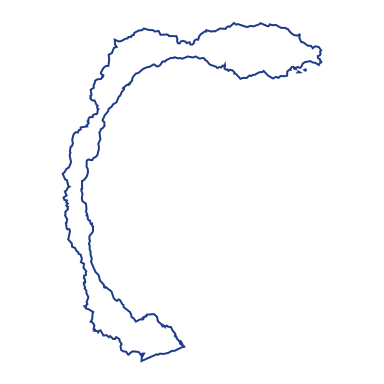 the district of Parigi Moutong, Sulawesi Tengah, Indonesia
{"feature_id": "22746128B5854376167403", "entity_name": "Parigi Moutong", "entity_type": "district", "adm_level": 2, "iso_a3": "IDN", "parent_name": "Indonesia", "parent_adm1": "Sulawesi Tengah", "projection": "mercator", "projection_center": [120.393, -0.239], "detail": "fine", "context": "isolated", "style": "outline", "palette": "blue", "viewbox_px": 384, "rotation_deg": 0, "n_neighbors": 0, "source": "geoboundaries", "source_scale": "gbopen_adm2", "svg_char_len": 5730}
<svg xmlns="http://www.w3.org/2000/svg" viewBox="0 0 384 384"><path d="M233.9,23.0L229.9,26.8L228.5,26.3L226.5,27.4L225.6,28.9L220.0,28.5L214.9,31.4L213.1,31.1L211.7,31.6L206.4,30.2L206.2,31.5L204.7,31.5L200.6,34.4L199.1,36.4L198.2,39.7L196.3,39.4L194.9,40.3L194.0,41.4L194.1,42.8L192.1,44.7L190.1,44.3L189.9,42.5L188.7,42.3L186.8,43.2L185.6,41.7L182.9,40.8L180.8,41.5L179.7,43.4L178.0,43.3L177.1,41.3L177.3,38.8L176.4,36.2L168.9,36.0L168.3,35.0L166.8,34.5L160.5,34.8L158.7,31.0L154.7,31.5L153.2,30.2L148.5,29.9L143.9,28.5L141.8,30.3L139.2,30.4L135.3,32.3L134.1,33.2L133.9,34.9L131.6,35.5L131.3,36.9L128.4,37.0L127.6,38.4L125.3,38.8L121.4,41.0L118.8,41.5L114.7,39.7L115.1,44.7L116.7,46.9L113.9,47.9L111.9,53.0L108.7,54.7L109.2,59.7L108.4,65.9L106.1,66.0L103.6,67.7L100.8,72.8L101.4,74.2L103.4,75.3L103.1,76.6L102.2,76.7L101.9,78.1L100.8,79.0L97.5,79.3L95.2,80.6L94.5,83.7L93.6,84.9L93.8,87.7L90.6,89.8L91.5,94.9L90.3,96.0L91.0,97.1L90.2,98.4L92.1,100.4L94.6,100.5L96.5,104.8L97.7,105.8L97.0,107.3L97.6,108.8L98.4,109.2L97.7,110.0L97.5,112.5L96.7,114.1L94.8,114.1L92.8,115.4L92.7,117.1L89.8,117.1L88.5,118.6L88.5,121.0L87.6,121.3L88.7,123.2L86.6,125.4L87.2,126.4L80.7,127.4L80.6,129.6L78.8,130.2L78.0,132.4L75.4,132.3L73.6,134.3L72.2,139.7L72.9,143.7L71.8,146.2L70.6,146.9L69.9,151.4L70.5,152.9L69.8,153.9L69.8,156.2L71.1,162.1L69.0,167.4L66.6,168.8L64.2,172.6L62.7,173.7L65.1,179.4L66.9,180.1L68.4,186.2L69.4,186.7L67.8,187.7L66.7,190.1L64.9,191.6L66.6,195.5L63.5,197.5L64.4,199.9L67.0,200.5L66.1,202.3L67.8,203.5L66.3,205.7L68.1,206.9L67.5,208.0L68.0,209.0L65.2,212.1L65.6,214.1L65.0,215.3L67.2,219.4L66.5,222.9L65.9,223.0L66.7,228.4L67.5,229.3L69.3,229.1L70.0,231.4L68.2,239.4L71.7,243.3L72.2,246.8L74.9,247.9L76.7,251.1L78.3,252.2L78.4,253.6L80.7,254.7L81.9,259.0L80.9,262.2L84.0,263.7L83.5,267.9L86.3,271.3L85.8,272.3L85.9,275.0L84.1,275.6L84.0,278.3L84.8,279.2L85.3,282.0L85.1,282.6L83.9,282.5L83.7,283.6L85.1,287.4L84.6,288.5L86.2,290.2L86.5,293.3L88.4,297.2L86.6,302.1L87.4,304.1L86.2,305.1L86.1,306.3L84.5,306.3L86.1,308.5L88.8,309.3L93.3,312.1L92.6,313.3L92.2,319.0L90.7,321.8L92.3,322.2L94.4,325.4L93.6,329.1L94.8,329.5L94.1,330.7L97.2,331.1L98.1,332.4L99.3,330.7L100.6,330.4L103.4,335.5L106.7,335.2L108.8,337.2L110.1,336.1L113.2,339.0L115.3,338.9L115.8,337.3L116.6,337.3L119.5,339.2L119.4,340.6L121.6,344.0L120.5,346.2L121.2,350.0L123.1,351.3L126.1,351.7L128.1,354.6L128.9,354.6L130.0,353.1L132.7,351.3L138.7,352.0L141.1,355.2L142.2,353.6L144.0,353.6L141.7,357.5L141.5,361.0L156.7,354.3L157.8,354.8L160.0,353.6L163.4,354.0L168.3,352.9L171.7,351.0L174.9,350.7L182.2,347.1L184.2,346.8L183.4,345.5L180.3,344.0L179.5,341.3L176.7,338.5L176.7,337.3L174.8,336.0L175.1,334.9L175.6,335.3L175.2,333.6L172.5,330.4L171.0,327.1L168.1,326.7L166.9,325.7L166.2,326.2L164.6,325.9L164.7,326.8L163.7,326.0L162.6,326.4L161.4,324.3L157.9,321.3L157.0,316.8L153.9,314.1L146.7,314.7L146.4,316.3L145.4,316.1L144.3,317.5L143.4,317.2L142.7,317.8L143.2,319.2L142.5,319.6L140.5,319.2L135.9,321.6L133.8,318.4L131.6,317.1L131.0,314.2L129.8,311.9L123.7,307.2L123.5,305.1L122.3,304.2L120.0,300.1L118.4,299.5L117.2,300.8L115.6,300.2L113.8,298.3L111.5,291.5L105.7,287.0L105.0,287.7L104.2,287.4L103.8,284.6L100.0,280.6L98.7,275.2L95.5,272.0L91.0,261.7L91.7,259.7L91.5,257.3L90.7,255.6L90.5,251.3L89.7,249.7L89.7,245.5L88.9,244.1L90.0,240.7L89.4,239.2L89.4,236.3L92.9,231.6L93.1,226.5L92.2,226.1L92.0,223.5L90.7,223.8L89.9,220.4L88.7,220.3L87.8,219.0L87.7,216.4L86.7,215.5L87.3,214.9L86.0,211.3L86.5,208.7L85.9,203.6L82.5,201.2L81.8,198.7L82.5,193.7L81.3,190.5L81.4,189.1L82.1,189.0L82.0,181.0L83.9,180.1L86.6,176.8L88.0,172.4L87.8,169.1L86.6,166.9L86.7,161.0L87.4,160.0L89.0,159.4L89.6,159.9L92.3,160.1L93.2,158.3L95.9,156.8L97.4,155.0L98.8,149.2L98.9,146.2L98.2,144.0L100.4,139.3L99.4,132.4L100.3,131.3L100.7,129.3L102.5,128.3L104.5,125.9L104.3,122.0L102.8,121.0L102.6,120.0L104.8,115.2L108.0,111.5L108.7,108.8L111.4,107.0L113.1,104.3L116.5,102.3L118.8,96.7L120.1,95.7L122.0,91.6L124.1,89.2L124.0,88.3L123.2,88.0L127.0,84.8L128.7,84.9L129.8,83.9L129.3,83.5L132.0,80.9L132.4,78.0L134.5,75.0L136.3,73.4L138.2,73.1L143.2,68.9L147.1,67.2L149.7,66.8L153.6,64.4L154.8,64.7L156.4,66.3L158.1,66.4L159.9,65.4L162.7,61.4L165.0,61.6L165.8,60.4L170.9,57.9L173.3,58.0L174.7,57.2L178.2,58.4L180.0,58.0L182.3,58.7L187.9,56.5L193.0,57.5L195.7,56.5L199.7,58.6L203.0,57.9L204.4,58.5L204.9,59.8L206.8,60.9L209.7,64.5L215.9,66.7L217.2,68.0L219.6,67.1L221.3,67.4L222.4,65.7L224.4,65.7L224.9,64.7L225.0,66.3L224.3,66.9L224.6,68.6L226.0,69.7L227.3,69.4L228.4,70.9L229.8,69.8L232.7,70.5L234.4,72.5L234.3,73.5L235.1,73.3L236.4,74.4L240.4,78.8L243.1,77.9L246.6,78.0L249.5,75.5L251.0,76.1L252.9,74.9L254.6,74.9L258.9,72.4L262.6,71.9L263.6,70.9L268.2,75.7L273.1,78.5L276.0,76.8L278.5,77.9L280.5,76.0L284.7,76.2L287.1,75.6L287.3,71.6L288.5,70.3L290.6,69.8L290.3,68.9L291.7,67.1L293.4,66.8L294.5,67.8L296.3,67.9L297.6,67.0L300.0,67.8L301.2,67.0L302.6,63.8L304.7,62.2L310.4,61.1L312.5,62.4L315.4,62.9L318.8,65.0L319.7,63.2L321.2,62.4L321.3,61.6L320.1,60.8L320.1,59.3L318.1,58.2L317.7,56.2L319.9,55.3L320.6,53.6L320.0,51.8L321.1,50.4L318.8,47.0L315.1,46.3L312.8,48.2L311.2,46.0L307.7,45.6L303.2,42.3L301.3,42.1L299.3,37.8L299.8,34.7L299.3,34.4L297.7,35.6L293.7,35.0L290.6,32.6L287.6,28.8L286.6,28.9L285.4,27.9L281.1,27.9L275.8,24.9L272.5,25.2L269.8,24.4L269.0,25.9L267.9,26.3L260.6,23.2L259.1,24.4L253.4,26.4L250.6,25.9L247.0,27.1L237.9,24.1L236.2,24.6L233.9,23.0ZM297.7,72.4L299.7,72.3L298.4,71.5L297.7,72.4ZM305.8,70.4L305.6,69.4L304.3,69.9L304.8,70.5L305.8,70.4ZM181.5,342.6L180.8,341.5L180.4,342.4L181.5,342.6ZM162.9,325.9L162.7,324.8L162.2,324.6L162.1,324.9L162.9,325.9ZM295.2,69.0L294.6,68.3L294.2,68.6L294.3,68.8L295.2,69.0Z" fill="none" stroke="#1e3a8a" stroke-width="2"/></svg>